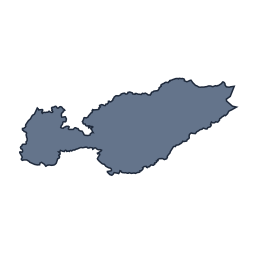 the district of Dois Irmãos do Buriti, Mato Grosso do Sul, Brazil, rotated 266°
{"feature_id": "56859067B95932386294649", "entity_name": "Dois Irmãos do Buriti", "entity_type": "district", "adm_level": 2, "iso_a3": "BRA", "parent_name": "Brazil", "parent_adm1": "Mato Grosso do Sul", "projection": "robinson", "projection_center": [-55.365, -20.59], "detail": "fine", "context": "isolated", "style": "filled", "palette": "slate", "viewbox_px": 256, "rotation_deg": 266, "n_neighbors": 0, "source": "geoboundaries", "source_scale": "gbopen_adm2", "svg_char_len": 5820}
<svg xmlns="http://www.w3.org/2000/svg" viewBox="0 0 256 256"><g transform="rotate(266 128 128)"><path d="M141.3,237.7L142.5,233.7L148.0,228.2L149.9,228.1L152.4,232.2L162.2,236.9L161.9,233.1L161.6,231.8L162.2,229.0L163.9,227.9L165.4,227.8L166.3,227.4L167.0,226.7L167.4,225.9L166.8,225.1L165.9,224.5L164.1,221.3L164.1,220.5L163.7,219.6L164.1,218.1L163.3,215.6L163.6,214.4L164.1,213.6L164.3,211.9L164.3,211.1L163.8,209.6L163.7,207.7L163.5,206.8L163.7,204.0L163.6,202.9L163.9,201.5L165.4,199.4L165.7,198.4L168.8,195.7L171.3,194.2L171.2,193.3L170.2,190.7L170.1,189.7L171.2,187.5L172.1,187.7L173.0,187.3L173.6,185.7L173.5,184.8L174.0,182.4L173.5,181.9L174.0,180.5L173.9,178.5L173.4,177.5L173.4,176.7L172.8,175.1L172.4,172.9L171.7,173.0L171.3,171.9L170.5,171.3L171.0,168.9L170.6,167.8L170.1,167.3L169.9,166.4L169.0,164.4L168.4,163.8L167.3,164.0L165.9,161.8L165.3,162.0L163.2,160.3L163.0,156.4L162.4,155.7L162.0,154.2L161.4,153.7L160.5,153.5L160.2,152.8L159.4,152.6L159.6,150.4L160.8,149.1L161.6,147.6L161.2,146.6L161.3,145.7L161.6,144.8L160.5,143.5L160.9,141.6L160.9,140.8L161.9,138.5L161.9,137.6L161.2,137.4L161.3,136.4L161.7,135.1L162.7,134.8L163.8,132.3L163.5,130.4L162.8,130.3L162.0,129.2L162.1,128.0L163.0,127.1L162.8,126.4L163.0,125.7L162.3,123.4L161.6,123.1L161.0,121.7L160.7,120.5L161.0,119.3L160.9,118.0L159.7,116.3L158.8,115.9L157.7,114.9L156.8,114.8L155.6,113.2L155.3,112.4L155.6,111.6L156.1,111.1L156.0,110.3L154.7,110.3L154.2,109.8L153.4,109.0L153.4,107.7L152.0,106.9L152.1,105.7L152.8,104.7L153.2,103.3L152.5,101.2L151.7,101.2L151.0,101.9L150.3,101.2L150.0,100.3L149.1,100.5L148.5,99.5L148.4,95.8L148.6,94.9L148.0,94.3L148.6,93.9L147.8,93.4L147.0,93.5L146.0,93.2L145.3,91.7L144.1,90.9L143.2,89.7L141.6,88.7L141.0,87.1L141.4,85.5L141.2,84.8L139.1,84.0L137.5,82.9L136.8,83.5L136.0,83.4L135.2,83.9L134.8,85.7L134.0,85.8L133.3,86.2L132.9,87.0L133.0,88.2L132.8,89.5L132.0,88.6L130.9,88.8L132.0,91.4L132.1,92.2L131.5,93.0L131.0,92.6L129.9,90.8L128.3,92.0L127.3,92.1L125.9,92.9L126.1,92.0L125.4,91.0L125.0,90.1L123.7,89.7L123.4,88.6L123.3,87.3L123.7,84.9L124.0,84.1L124.6,83.5L125.4,83.4L127.7,82.2L128.2,81.8L128.1,80.8L128.7,79.7L129.3,78.8L130.9,78.1L131.2,76.6L131.9,76.0L131.9,74.9L130.4,73.3L130.6,70.1L130.7,69.0L131.3,68.4L133.2,69.4L133.9,68.6L134.0,66.3L133.4,65.5L133.3,64.6L132.2,63.3L132.7,61.6L133.2,60.9L135.1,61.7L135.9,62.6L136.8,63.1L138.3,63.4L138.7,64.1L138.5,65.9L139.0,66.6L141.3,67.2L143.5,66.3L143.6,65.1L143.3,63.9L143.4,62.7L144.9,62.4L147.2,62.7L148.4,64.3L149.3,64.6L150.1,66.2L151.0,65.6L151.6,64.6L153.4,63.4L154.0,62.4L153.9,61.4L152.9,60.2L152.7,59.4L153.1,58.6L154.0,58.2L154.7,57.5L154.6,56.5L154.1,55.6L153.9,53.7L153.4,53.2L152.5,53.2L151.9,53.7L151.0,53.2L149.8,54.1L148.9,53.8L148.8,52.9L149.0,51.9L150.3,50.4L149.3,49.1L149.4,47.8L149.2,46.7L149.5,45.6L149.3,44.4L148.6,43.7L149.3,43.1L150.3,43.2L151.0,43.9L151.9,44.2L152.4,43.8L152.3,40.1L153.2,39.9L154.3,38.9L148.3,35.6L147.4,33.7L146.5,32.9L144.0,31.4L142.2,29.1L140.0,27.4L138.4,26.2L137.6,26.0L136.8,26.2L136.0,25.7L134.9,23.8L134.9,22.7L133.9,22.6L133.3,22.7L132.8,23.5L131.7,24.2L131.4,25.1L130.6,26.3L129.9,26.5L128.7,26.0L127.9,25.9L127.1,26.2L126.2,26.1L124.4,26.7L122.3,26.4L121.2,25.3L119.7,25.5L119.0,24.8L119.1,21.9L118.5,21.2L117.6,20.9L116.8,19.7L116.1,19.4L114.7,19.8L114.3,20.8L113.4,21.2L112.3,21.3L111.4,20.9L111.2,20.1L111.6,19.6L111.7,18.5L110.9,18.3L106.9,20.3L106.0,20.4L104.5,19.4L103.9,19.5L103.1,20.3L103.4,21.8L103.2,24.7L101.6,27.0L100.7,27.6L98.2,32.3L97.5,34.9L97.5,37.3L99.1,37.7L99.8,39.3L97.6,42.1L95.6,43.3L95.8,44.0L96.3,44.5L96.5,45.3L96.6,46.9L96.1,49.1L96.2,51.0L96.4,52.0L96.8,52.7L98.0,54.0L102.2,55.7L102.7,57.1L103.5,57.6L104.7,57.7L105.3,57.0L106.0,57.3L106.7,58.5L107.6,58.5L108.2,58.4L108.4,57.6L109.0,57.1L109.0,58.0L109.5,58.6L110.4,59.0L109.3,61.4L109.0,63.0L109.9,63.5L110.2,64.3L109.7,64.9L108.9,65.3L109.2,66.8L108.7,68.0L109.4,68.5L109.6,69.4L109.0,70.2L109.8,71.6L109.9,72.5L109.7,73.4L110.1,73.8L110.6,75.1L110.6,75.9L111.7,78.8L111.8,80.1L111.5,81.0L111.5,82.0L111.9,84.6L111.7,85.7L110.9,86.4L110.7,87.7L111.2,88.6L110.8,90.7L110.4,91.4L109.3,91.4L109.7,92.3L110.3,92.8L110.6,93.8L110.0,94.8L109.3,95.3L108.4,96.7L108.3,99.1L107.7,100.1L107.0,99.6L105.6,97.1L105.0,95.7L104.2,96.0L104.4,97.2L103.8,98.0L103.0,97.8L101.8,96.7L99.5,95.3L98.6,95.7L96.8,97.1L94.4,99.5L93.9,100.3L93.4,101.9L91.4,103.2L89.7,105.8L89.2,107.5L88.7,108.2L87.5,108.6L86.7,108.5L86.4,107.9L86.1,104.4L85.4,104.4L82.8,106.6L82.0,108.6L83.0,110.0L84.5,111.1L83.6,114.6L83.2,115.5L84.7,116.6L86.0,117.0L85.7,117.8L84.4,118.5L83.9,119.3L83.5,121.7L83.6,122.5L82.9,124.3L82.9,125.3L83.4,126.0L82.5,128.1L82.7,130.9L82.2,132.3L82.9,134.2L83.0,136.0L83.5,136.9L84.4,136.9L84.4,138.3L85.9,139.9L86.7,140.2L87.3,139.8L88.4,141.3L88.4,143.5L87.4,143.9L87.1,144.7L87.7,145.3L88.0,145.9L87.9,146.8L89.4,148.0L89.5,148.8L89.2,149.7L89.1,150.8L90.2,152.2L90.8,151.9L91.4,152.4L91.3,153.1L91.7,153.8L92.5,154.4L93.1,154.2L93.1,155.1L93.4,155.7L94.3,155.4L95.0,156.7L95.3,157.8L95.0,158.7L95.2,159.7L94.9,160.7L94.0,162.0L94.6,164.4L96.2,165.3L97.1,165.2L99.2,167.1L99.9,167.9L100.6,168.3L101.4,168.5L106.3,172.1L106.4,173.1L106.2,174.0L107.5,174.8L107.6,176.9L108.2,178.5L108.8,178.9L108.8,179.6L109.6,180.7L111.0,181.8L110.6,182.6L110.9,185.6L112.3,186.3L113.2,188.0L113.9,188.4L115.7,188.4L117.2,188.8L118.3,190.1L118.6,190.9L118.2,191.9L117.7,194.8L119.5,196.4L120.2,198.1L121.3,199.7L121.6,201.8L122.3,202.4L122.6,203.3L121.7,205.3L121.5,206.8L122.8,207.6L123.5,210.2L124.4,210.9L125.3,211.3L125.8,210.6L128.1,211.6L127.2,212.9L127.2,214.8L128.1,215.9L127.6,217.6L127.9,218.4L129.6,219.9L130.3,219.9L130.9,220.2L131.7,221.7L132.7,222.8L133.1,223.9L134.0,224.9L133.5,226.0L134.3,227.1L135.5,228.4L136.4,228.8L137.9,230.0L138.8,232.5L141.3,237.7Z" fill="#64748b" stroke="#1e293b" stroke-width="1.5"/></g></svg>